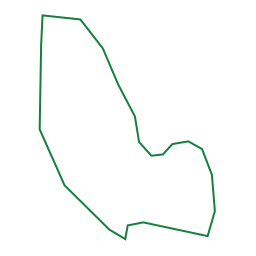 the Municipality of Gjorče Petrov, rotated 181°
{"feature_id": "MKD-2948", "entity_name": "Gjorče Petrov", "entity_type": "Municipality", "adm_level": 1, "iso_a3": "MKD", "parent_name": "North Macedonia", "parent_adm1": "", "projection": "equal_earth", "projection_center": [21.302, 42.042], "detail": "fine", "context": "isolated", "style": "outline", "palette": "green", "viewbox_px": 256, "rotation_deg": 181, "n_neighbors": 0, "source": "natural_earth", "source_scale": "10m", "svg_char_len": 438}
<svg xmlns="http://www.w3.org/2000/svg" viewBox="0 0 256 256"><g transform="rotate(181 128 128)"><path d="M111.0,33.9L126.6,30.6L128.8,16.9L144.8,26.0L190.4,69.5L216.3,125.1L216.3,152.6L216.3,166.3L216.3,209.8L215.4,239.1L177.5,235.7L154.6,207.2L138.5,171.2L121.3,139.7L116.7,114.2L104.2,100.7L92.6,102.2L83.4,112.7L67.4,115.7L53.6,108.2L43.3,82.7L39.7,46.4L46.5,21.3L111.0,33.9Z" fill="none" stroke="#15803d" stroke-width="2"/></g></svg>